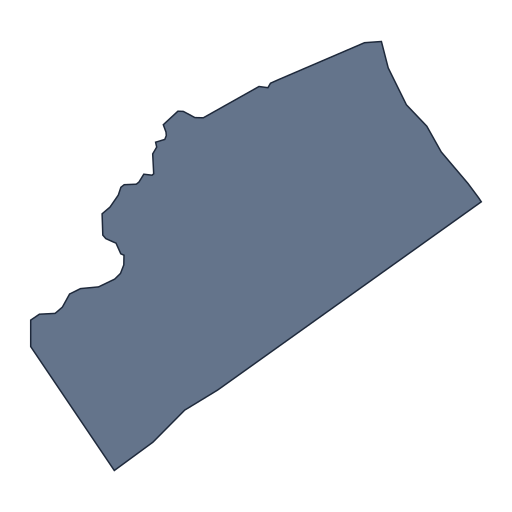 outline of Alaili Dadda, Obock, Djibouti
{"feature_id": "41766387B98599288227121", "entity_name": "Alaili Dadda", "entity_type": "district", "adm_level": 2, "iso_a3": "DJI", "parent_name": "Djibouti", "parent_adm1": "Obock", "projection": "albers", "projection_center": [42.912, 12.453], "detail": "fine", "context": "isolated", "style": "filled", "palette": "slate", "viewbox_px": 512, "rotation_deg": 0, "n_neighbors": 0, "source": "geoboundaries", "source_scale": "gbopen_adm2", "svg_char_len": 835}
<svg xmlns="http://www.w3.org/2000/svg" viewBox="0 0 512 512"><path d="M481.3,201.8L478.4,197.5L468.0,183.5L450.0,162.3L441.2,151.9L426.8,126.2L406.4,104.8L391.4,74.4L388.2,67.9L381.4,41.5L364.5,42.7L278.8,79.5L270.5,83.2L267.9,87.7L259.0,86.5L204.9,116.9L203.3,117.8L194.9,117.6L183.3,111.4L177.9,111.2L163.3,124.7L166.0,132.1L166.3,135.6L164.8,139.4L155.6,142.2L156.7,147.1L152.7,153.9L153.7,173.8L152.0,175.2L143.8,174.2L139.0,182.0L136.3,184.2L124.2,184.7L120.9,187.3L118.3,195.1L110.0,207.1L102.1,213.8L102.8,235.1L105.8,238.6L113.1,241.9L116.0,243.1L120.8,253.8L124.0,255.2L123.8,264.9L120.5,273.4L114.7,279.1L98.5,286.9L80.5,288.6L69.6,294.0L63.4,305.3L62.3,307.2L55.1,313.4L39.4,314.2L30.7,320.1L30.7,346.6L114.3,470.5L153.0,442.1L184.7,410.1L217.7,390.0L481.3,201.8Z" fill="#64748b" stroke="#1e293b" stroke-width="1.5"/></svg>